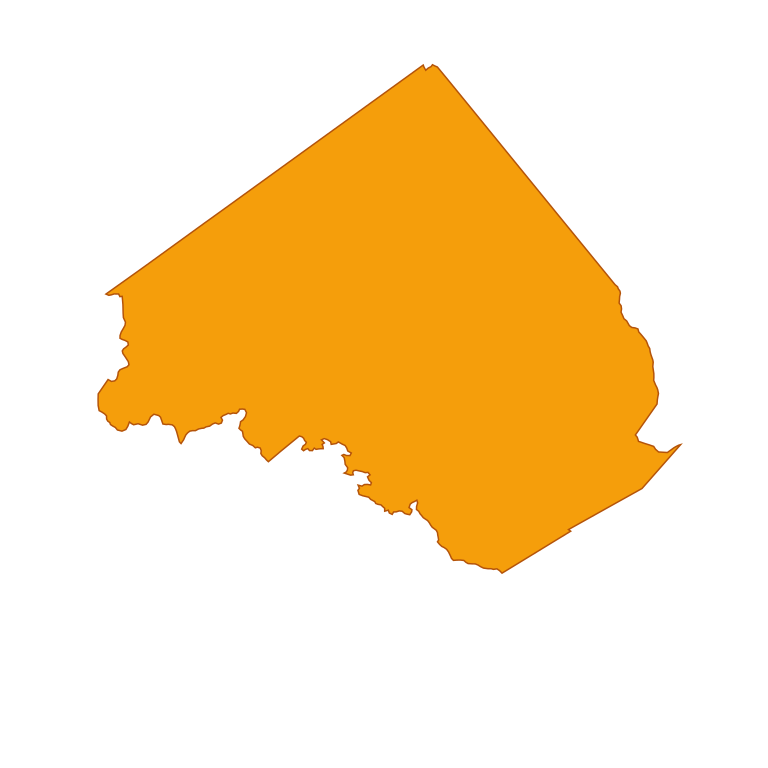 Formosa da Serra Negra, Maranhão, Brazil (Albers equal-area conic projection), rotated 54°
{"feature_id": "56859067B92556149898263", "entity_name": "Formosa da Serra Negra", "entity_type": "district", "adm_level": 2, "iso_a3": "BRA", "parent_name": "Brazil", "parent_adm1": "Maranhão", "projection": "albers", "projection_center": [-46.127, -6.579], "detail": "fine", "context": "isolated", "style": "filled", "palette": "amber", "viewbox_px": 768, "rotation_deg": 54, "n_neighbors": 0, "source": "geoboundaries", "source_scale": "gbopen_adm2", "svg_char_len": 4286}
<svg xmlns="http://www.w3.org/2000/svg" viewBox="0 0 768 768"><g transform="rotate(54 384 384)"><path d="M607.4,179.7L606.7,181.7L606.3,184.1L606.0,186.8L606.0,190.6L606.0,195.0L600.4,201.8L596.4,202.7L593.0,202.5L589.0,205.3L585.4,208.0L580.0,211.8L575.9,210.4L573.0,210.6L560.7,174.9L557.3,172.0L555.4,170.1L553.1,167.6L549.7,166.0L547.3,165.3L544.6,164.9L539.6,163.7L537.3,161.8L534.2,159.6L527.9,156.3L524.6,153.4L522.5,152.4L519.4,151.5L516.8,150.7L514.1,149.6L511.5,148.2L508.4,147.9L505.8,147.1L503.2,146.5L498.7,146.7L494.6,147.0L491.7,147.3L488.7,146.2L486.2,147.9L483.9,150.3L481.0,151.2L475.6,150.6L472.2,151.5L468.9,150.7L465.2,150.0L462.9,147.7L460.1,146.2L456.7,146.2L453.9,143.7L451.8,142.0L449.5,139.4L447.5,138.5L444.6,138.5L442.6,137.9L439.4,138.7L349.5,143.8L203.6,151.9L176.9,153.4L158.9,154.5L156.4,156.0L154.2,157.1L154.9,159.4L154.4,162.5L154.7,165.8L151.2,165.4L149.0,164.8L148.4,416.4L148.3,434.1L148.2,509.9L147.8,556.1L150.5,554.5L151.6,552.2L152.5,549.4L155.2,545.8L158.1,546.3L159.2,544.3L161.6,545.7L166.4,548.6L173.2,553.3L177.1,555.8L182.0,556.8L184.3,559.0L185.6,561.7L187.5,566.0L189.6,569.0L191.8,570.7L193.9,569.7L196.7,567.8L199.5,566.5L202.2,568.0L202.5,571.0L202.5,574.0L203.4,576.3L205.9,577.3L210.0,577.4L215.6,577.7L218.5,579.0L219.1,581.7L217.9,586.3L217.3,589.3L218.2,592.0L220.6,594.3L222.8,597.3L223.2,600.0L221.7,603.0L218.2,604.6L224.0,621.0L228.3,624.3L233.4,627.9L238.1,630.1L241.0,628.7L243.9,627.6L246.6,627.2L249.3,629.0L251.6,629.3L254.0,628.5L256.0,629.1L258.5,628.2L261.2,626.9L264.5,626.7L268.1,623.7L269.1,619.6L267.6,616.1L265.1,612.3L267.5,611.6L269.8,610.5L271.6,606.3L275.4,603.5L276.8,600.2L276.1,597.2L273.4,592.2L273.2,587.9L277.1,584.8L279.4,584.3L282.8,585.3L286.4,586.4L288.8,584.0L289.9,582.1L292.6,579.3L295.3,578.6L297.8,579.0L300.7,579.8L310.5,583.5L312.9,583.2L312.1,581.0L311.3,578.8L310.0,576.6L308.7,574.2L308.1,571.6L308.0,568.8L309.2,566.3L310.9,564.0L311.4,560.4L312.7,557.5L313.8,555.7L314.1,553.1L315.6,549.8L315.6,546.2L316.3,543.4L319.2,541.4L320.0,538.5L318.3,535.9L315.2,535.5L315.0,532.7L315.8,529.5L316.1,527.3L317.9,525.9L318.7,523.3L321.0,520.7L320.7,517.8L319.5,515.7L321.0,513.3L322.7,511.5L326.4,512.1L328.9,515.2L330.2,519.0L330.2,522.2L331.8,523.8L333.2,525.4L334.6,527.4L337.0,527.0L339.0,526.3L341.5,527.5L343.6,528.6L346.5,528.9L349.8,528.5L353.4,528.2L356.6,526.3L360.0,525.6L360.7,523.6L363.0,521.8L365.7,522.5L367.9,524.5L370.5,524.7L373.6,523.9L376.4,523.7L378.9,523.2L378.0,510.6L377.8,508.5L376.3,483.1L378.3,481.5L380.6,480.9L383.1,481.4L385.5,481.1L386.6,483.0L386.6,485.9L388.3,488.9L390.7,488.3L390.8,485.7L391.5,483.6L394.1,483.4L395.8,481.1L394.9,478.1L396.9,477.4L398.1,475.0L399.3,473.0L400.6,471.2L398.7,470.1L396.5,469.6L396.6,466.9L392.4,467.4L393.0,464.5L395.7,462.5L399.3,461.1L401.8,462.2L404.1,457.6L404.0,455.0L408.0,453.2L410.9,451.6L414.0,451.8L416.9,452.7L420.6,451.0L421.9,453.6L419.8,456.4L417.4,457.9L417.0,460.0L420.1,459.5L423.4,461.0L426.2,462.6L430.4,462.6L432.2,464.3L433.0,466.4L432.7,468.5L435.2,466.7L438.1,464.6L439.4,462.2L437.3,461.4L436.2,459.7L437.3,457.3L439.9,455.0L442.1,453.0L444.7,451.3L446.1,448.9L449.3,448.7L449.4,451.9L453.1,452.7L456.4,452.2L457.8,454.2L455.5,456.4L453.8,459.0L453.7,461.8L450.6,464.4L453.9,465.2L454.7,467.6L458.7,469.0L461.9,466.9L464.6,464.6L466.6,462.9L469.5,462.6L473.7,460.6L475.8,460.9L477.8,459.6L480.0,457.5L482.4,457.1L484.9,456.5L487.3,458.2L488.6,454.7L491.5,455.5L494.3,454.0L493.2,451.5L494.7,449.1L495.6,446.3L497.6,444.1L501.0,443.3L502.7,442.0L504.9,440.0L503.7,436.8L502.1,435.3L498.7,436.4L496.6,433.4L496.5,430.8L497.0,428.4L497.3,425.7L500.0,426.7L502.2,429.6L504.6,431.5L507.4,430.7L510.3,431.1L512.4,430.9L515.2,430.8L517.7,429.9L520.1,429.0L522.8,428.9L525.5,429.2L528.2,429.2L530.7,428.4L533.0,427.7L535.7,428.1L537.6,429.2L540.0,430.3L542.3,431.5L543.1,433.5L546.5,433.3L549.4,432.7L551.6,431.5L554.5,430.5L557.8,430.5L562.2,431.3L564.8,431.9L567.5,431.5L569.4,428.4L571.4,425.6L573.7,423.1L576.5,422.5L578.7,421.5L581.3,418.4L583.2,415.9L585.8,414.3L588.4,413.3L591.4,411.7L594.5,408.5L596.3,406.0L598.3,404.4L599.9,401.3L602.9,400.2L606.4,399.7L608.0,379.8L612.8,319.5L610.2,320.3L611.3,311.0L615.5,275.7L620.2,236.7L607.4,179.7Z" fill="#f59e0b" stroke="#b45309" stroke-width="1.5"/></g></svg>